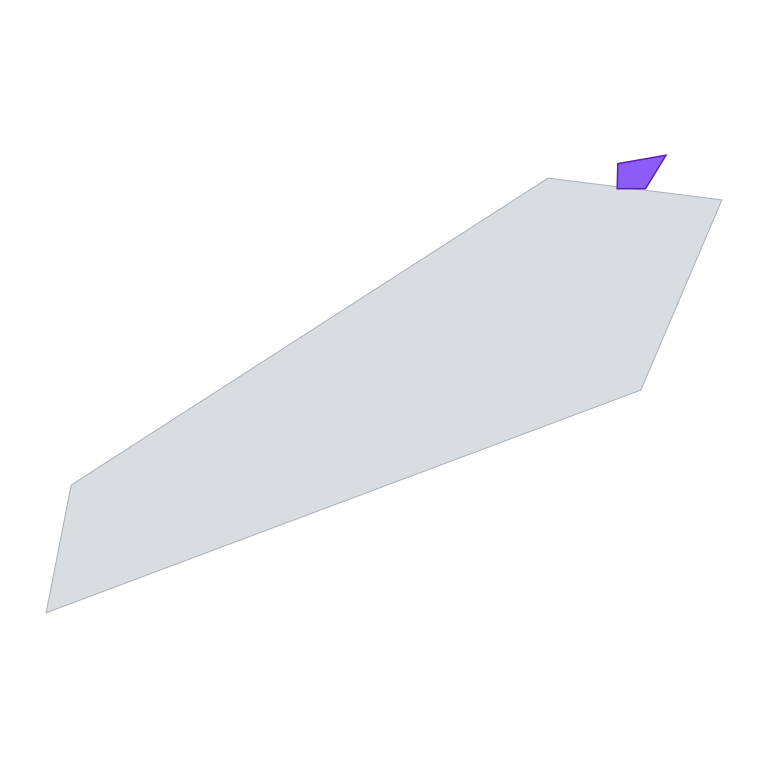 location of Island Harbour within Anguilla
{"feature_id": "AIA-5117", "entity_name": "Island Harbour", "entity_type": "District", "adm_level": 1, "iso_a3": "AIA", "parent_name": "Anguilla", "parent_adm1": "", "projection": "natural_earth1", "projection_center": [-63.003, 18.271], "detail": "fine", "context": "in_parent", "style": "filled", "palette": "violet", "viewbox_px": 768, "rotation_deg": 0, "n_neighbors": 0, "source": "natural_earth", "source_scale": "10m", "svg_char_len": 324}
<svg xmlns="http://www.w3.org/2000/svg" viewBox="0 0 768 768"><path d="M640.9,390.0L46.1,612.8L71.2,485.0L548.0,178.1L721.9,199.9L640.9,390.0Z" fill="#d9dde1" stroke="#a8b0b8" stroke-width="1"/><path d="M617.8,163.6L666.0,155.2L645.5,188.7L617.2,188.7L617.8,163.6Z" fill="#8b5cf6" stroke="#5b21b6" stroke-width="1.5"/></svg>